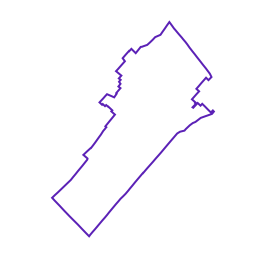 outline of Mexicaltzingo, México, Mexico, rotated 133°
{"feature_id": "50627088B85127394964409", "entity_name": "Mexicaltzingo", "entity_type": "district", "adm_level": 2, "iso_a3": "MEX", "parent_name": "Mexico", "parent_adm1": "México", "projection": "albers", "projection_center": [-99.585, 19.21], "detail": "fine", "context": "isolated", "style": "outline", "palette": "violet", "viewbox_px": 256, "rotation_deg": 133, "n_neighbors": 0, "source": "geoboundaries", "source_scale": "gbopen_adm2", "svg_char_len": 2288}
<svg xmlns="http://www.w3.org/2000/svg" viewBox="0 0 256 256"><g transform="rotate(133 128 128)"><path d="M168.0,141.6L173.1,142.0L178.1,142.3L177.9,136.8L178.3,136.5L179.0,136.2L182.9,135.9L186.6,135.6L190.3,135.4L193.9,135.2L197.6,134.9L201.3,134.7L205.0,134.4L208.6,134.6L212.3,134.8L216.0,135.0L219.6,135.2L223.3,135.4L226.9,135.7L230.8,135.9L231.1,132.1L231.5,124.8L232.0,117.9L232.4,110.6L232.6,105.3L232.8,98.9L233.2,92.7L233.5,87.1L233.7,82.6L232.7,82.7L232.1,82.8L228.3,83.0L224.6,83.1L220.8,83.3L217.1,83.5L213.4,83.7L209.6,83.8L205.9,84.0L202.4,84.3L198.9,84.5L195.4,84.7L191.9,84.9L188.4,85.0L184.9,85.2L181.4,85.0L177.8,84.9L173.4,85.1L171.1,85.3L167.1,85.5L163.0,85.8L158.9,86.0L154.8,86.2L150.8,86.4L150.8,86.2L146.5,86.4L143.9,86.5L139.7,86.6L135.6,86.7L131.2,86.9L126.9,87.0L123.7,87.1L112.3,87.7L98.5,88.3L95.2,87.4L91.4,84.9L89.5,85.0L89.4,85.0L84.5,84.7L84.1,84.7L80.2,84.0L77.6,82.8L71.0,81.7L67.5,79.9L63.9,78.0L60.4,76.2L57.4,76.4L57.3,77.9L60.1,78.0L60.0,82.1L59.8,86.1L59.7,90.2L62.2,90.2L62.2,94.1L68.7,94.1L68.8,94.9L64.0,94.8L64.0,96.0L63.3,96.0L63.4,100.8L59.8,100.9L56.3,101.0L52.7,101.0L52.7,104.7L49.0,104.8L45.3,105.0L41.7,105.1L38.0,105.2L38.1,101.8L33.8,101.7L32.5,105.1L31.3,111.7L30.6,116.6L29.8,121.5L29.1,126.1L28.5,129.6L28.0,133.1L27.5,136.1L27.4,136.8L27.3,137.5L26.4,141.7L25.9,144.7L25.5,148.2L25.2,150.1L24.7,154.9L23.9,161.3L23.9,161.9L23.0,166.3L22.3,170.0L26.2,169.5L30.0,168.9L33.8,168.4L37.7,167.8L43.0,170.1L45.8,170.1L46.7,170.1L50.4,170.3L54.1,170.6L57.3,172.3L59.1,173.2L60.0,174.0L64.0,173.7L68.0,173.4L67.8,179.5L71.1,179.5L71.1,179.8L75.9,179.7L80.6,179.5L81.3,175.8L85.0,175.7L88.6,175.6L91.7,175.5L94.6,175.5L94.2,168.6L98.0,168.5L97.8,166.2L100.3,166.1L100.8,163.6L104.2,163.3L104.0,160.7L106.6,160.6L110.5,160.4L110.6,159.7L115.0,159.0L115.8,161.4L117.6,166.4L118.4,166.4L120.2,166.4L123.3,166.3L126.7,166.3L128.7,166.3L128.7,163.8L128.7,162.8L127.7,162.8L127.7,159.7L126.1,159.6L126.0,157.0L125.8,157.0L125.8,153.3L125.8,151.5L127.2,151.5L127.2,150.9L127.1,146.7L131.6,146.4L134.7,146.2L142.2,145.7L142.2,144.4L142.7,144.4L142.8,144.4L144.7,144.2L145.3,144.2L147.2,144.1L147.7,144.0L151.4,143.3L154.1,143.0L159.4,142.3L160.9,142.1L164.6,141.7L167.9,141.4L168.0,141.6Z" fill="none" stroke="#5b21b6" stroke-width="2"/></g></svg>